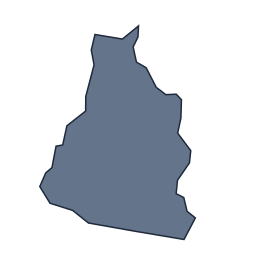 Cook, Georgia, United States of America (Robinson projection), rotated 8°
{"feature_id": "52423323B52740470378798", "entity_name": "Cook", "entity_type": "district", "adm_level": 2, "iso_a3": "USA", "parent_name": "United States of America", "parent_adm1": "Georgia", "projection": "robinson", "projection_center": [-83.428, 31.189], "detail": "fine", "context": "isolated", "style": "filled", "palette": "slate", "viewbox_px": 256, "rotation_deg": 8, "n_neighbors": 0, "source": "geoboundaries", "source_scale": "gbopen_adm2", "svg_char_len": 574}
<svg xmlns="http://www.w3.org/2000/svg" viewBox="0 0 256 256"><g transform="rotate(8 128 128)"><path d="M124.2,25.4L110.1,40.7L82.3,40.0L80.8,55.9L85.6,70.2L81.8,102.7L83.7,117.1L67.2,134.3L65.7,153.9L59.3,156.0L58.2,177.8L52.8,183.9L48.8,198.3L61.3,213.4L84.6,217.3L102.1,227.6L150.4,229.3L199.0,230.6L207.2,207.7L198.1,202.3L192.9,189.1L184.8,186.3L184.3,172.8L193.7,154.0L193.3,141.7L177.9,126.2L179.0,110.8L177.0,92.6L171.1,87.8L160.8,89.7L150.3,83.8L137.6,65.8L127.2,61.6L121.8,47.0L125.2,36.5L124.2,25.4Z" fill="#64748b" stroke="#1e293b" stroke-width="1.5"/></g></svg>